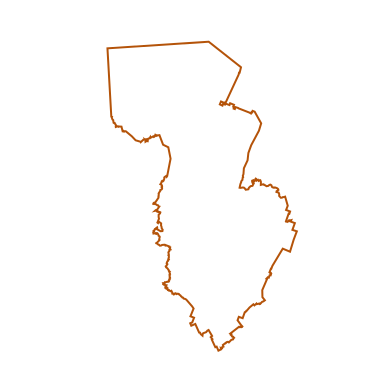 outline of Meander Valley, Tasmania, Australia, rotated 101°
{"feature_id": "25037944B18161391001525", "entity_name": "Meander Valley", "entity_type": "district", "adm_level": 2, "iso_a3": "AUS", "parent_name": "Australia", "parent_adm1": "Tasmania", "projection": "orthographic", "projection_center": [146.595, -41.65], "detail": "fine", "context": "isolated", "style": "outline", "palette": "amber", "viewbox_px": 384, "rotation_deg": 101, "n_neighbors": 0, "source": "geoboundaries", "source_scale": "gbopen_adm2", "svg_char_len": 6095}
<svg xmlns="http://www.w3.org/2000/svg" viewBox="0 0 384 384"><g transform="rotate(101 192 192)"><path d="M248.4,218.0L249.1,217.4L249.1,216.8L250.1,214.9L250.1,214.3L250.8,213.3L250.5,212.2L249.7,211.3L249.0,209.0L249.0,208.5L249.7,207.9L249.6,207.5L249.2,207.4L249.8,203.9L250.3,204.0L250.5,202.9L251.4,203.1L252.6,202.1L253.3,203.2L254.4,203.0L255.7,203.7L257.9,202.8L258.5,203.1L258.8,202.6L260.9,202.2L261.6,202.5L262.7,201.8L263.4,202.6L264.2,202.4L264.7,202.9L265.5,203.1L266.8,203.3L267.5,202.4L268.9,203.0L269.2,202.9L270.0,203.6L270.9,203.0L271.6,201.6L273.2,199.9L273.7,199.8L274.2,199.0L274.4,199.3L276.2,198.1L277.2,198.3L277.5,197.8L278.6,198.1L280.3,197.2L280.5,197.5L281.4,197.2L281.5,197.5L282.6,197.4L282.8,197.8L283.7,198.0L284.1,197.6L284.5,197.8L285.2,200.1L286.0,201.0L285.9,201.4L286.6,201.5L287.0,202.9L287.4,202.6L288.0,202.7L288.4,201.9L288.4,199.3L289.0,199.5L289.1,200.0L289.5,200.1L290.0,199.2L290.6,199.6L290.9,197.8L291.9,197.6L292.0,197.9L292.2,197.2L292.8,197.0L292.7,196.0L293.1,195.9L293.0,195.4L293.5,194.2L292.9,193.4L295.0,191.8L295.4,191.9L295.4,191.4L296.1,190.5L295.8,189.9L295.1,189.9L294.5,188.7L295.2,187.8L294.5,186.5L294.6,185.5L294.9,185.4L295.8,183.5L296.5,182.9L296.6,182.4L297.4,181.4L297.4,180.6L298.2,179.9L298.3,178.3L298.7,177.1L304.2,170.1L306.1,168.2L314.3,169.8L315.0,166.0L320.0,166.9L321.2,168.7L323.4,167.2L320.9,163.6L328.6,158.2L328.5,157.3L330.0,156.2L330.3,155.7L329.7,156.5L331.0,154.3L329.5,154.4L328.5,154.1L326.9,151.4L325.1,150.4L324.3,149.4L329.5,144.8L330.9,145.9L332.5,143.9L333.1,144.4L339.9,139.5L339.1,138.3L342.7,135.8L341.0,133.5L339.8,133.9L340.1,133.2L339.7,132.6L338.6,132.8L337.8,131.6L336.3,132.5L333.4,129.9L333.6,129.8L332.9,129.3L332.2,128.2L332.2,127.8L332.6,127.1L329.8,125.3L329.2,124.4L329.0,123.7L328.7,123.5L327.8,123.5L327.1,122.9L326.2,124.1L326.3,124.9L325.7,125.5L324.7,125.9L325.7,126.8L324.4,126.3L323.8,127.5L315.3,120.1L315.6,119.5L315.1,118.8L315.4,118.0L314.7,116.9L314.9,116.2L313.2,118.5L309.2,122.8L305.6,122.2L306.2,118.2L300.1,117.3L300.1,117.0L298.5,116.1L298.6,115.9L294.4,113.5L290.5,110.3L291.4,109.1L289.3,107.5L289.8,107.2L288.5,104.3L289.1,104.1L289.0,103.8L286.4,102.2L285.8,101.1L284.4,99.8L281.8,102.8L274.9,104.3L262.9,101.7L262.8,102.3L261.2,101.3L261.4,100.3L258.9,99.9L258.8,98.9L257.0,98.7L256.7,99.6L256.2,99.5L256.0,100.6L252.2,99.9L252.2,99.5L249.2,99.0L230.3,92.1L231.9,84.4L219.4,83.1L210.6,81.6L210.0,86.2L202.9,85.1L202.2,89.5L200.7,89.2L201.0,89.8L201.2,91.3L201.8,91.7L202.1,91.5L202.3,92.0L203.0,92.4L202.8,92.8L203.2,93.9L203.0,94.2L194.7,93.0L194.8,92.3L192.4,92.0L191.7,96.2L187.2,95.4L178.8,99.7L179.5,101.0L179.7,101.9L180.4,102.6L180.7,103.7L179.2,105.7L177.6,105.9L176.1,106.8L175.9,109.1L175.1,109.1L173.5,107.6L172.8,107.9L172.1,109.0L171.7,111.0L172.0,111.7L171.8,112.2L172.0,112.9L172.0,112.1L172.2,112.5L172.0,114.0L171.7,114.5L170.3,115.3L169.8,116.4L170.2,117.3L171.5,118.4L172.1,120.0L171.4,121.5L171.4,122.4L170.9,122.9L170.8,123.5L171.9,125.8L168.9,126.3L167.4,127.2L167.3,127.5L168.4,128.6L167.4,129.6L168.4,130.7L166.9,131.5L166.7,132.0L167.7,132.4L169.2,132.5L169.7,133.1L169.3,134.2L168.9,134.3L169.4,135.1L170.5,134.9L171.7,134.1L171.4,133.2L171.6,133.0L174.4,133.8L175.1,135.6L176.9,136.9L178.6,137.2L179.5,139.7L178.3,141.0L177.8,142.0L177.9,143.1L178.7,145.2L178.7,146.1L174.9,146.0L173.0,145.6L172.6,145.7L171.3,145.4L170.5,144.8L168.3,145.0L167.7,144.6L166.5,145.2L164.6,144.9L158.8,145.6L150.3,143.5L142.9,144.1L134.7,142.8L119.1,138.0L111.4,137.2L101.2,145.8L100.8,148.0L102.4,148.2L102.3,148.8L103.7,149.1L103.1,150.8L101.0,162.3L100.7,162.8L100.4,165.5L102.4,165.8L102.2,167.0L100.6,166.7L100.4,167.8L98.4,167.4L97.6,171.5L99.5,171.8L98.8,176.1L99.9,176.3L99.5,178.3L101.4,178.6L100.7,181.4L97.6,180.8L98.3,177.7L97.3,175.9L67.8,168.6L65.9,168.6L65.8,168.0L60.2,167.7L41.3,204.3L67.1,302.4L133.4,285.6L133.5,285.0L133.8,285.1L135.6,284.2L136.2,283.7L136.4,283.1L139.0,282.2L139.2,281.7L139.0,281.1L139.6,280.8L139.9,280.3L141.6,278.8L142.1,279.4L142.7,279.2L141.6,277.3L142.0,276.6L141.6,276.1L141.3,273.7L145.4,271.8L145.1,271.2L145.4,271.0L145.4,270.4L145.7,270.6L145.7,270.1L145.2,269.8L145.0,268.6L148.8,261.7L152.0,257.2L152.5,252.0L152.8,251.8L149.9,249.7L149.9,249.3L149.3,248.0L149.6,248.0L149.6,247.5L149.8,247.7L149.7,247.9L150.0,247.7L150.3,248.0L150.0,247.7L150.0,247.3L150.2,247.2L150.5,246.9L150.2,247.3L150.8,247.3L150.5,246.8L150.9,246.8L150.2,246.2L150.6,245.9L150.6,245.2L149.3,245.3L149.7,245.7L149.3,245.7L149.2,246.0L149.7,246.2L149.5,246.3L149.7,246.8L149.1,246.8L148.8,246.3L149.0,246.0L148.7,245.9L147.7,244.8L147.5,243.9L146.0,243.4L146.7,243.0L144.7,240.6L144.9,240.0L144.6,239.9L144.6,240.3L144.3,239.5L143.8,239.2L143.8,238.8L144.1,239.0L143.9,239.1L144.4,239.2L143.6,238.2L143.4,237.7L143.6,237.4L143.2,236.9L143.0,237.1L143.0,236.5L142.4,234.8L151.1,229.4L152.6,223.8L163.4,219.4L181.1,219.4L182.0,219.8L181.3,220.5L182.4,221.6L183.0,222.0L184.2,221.7L185.9,222.1L186.2,222.0L186.9,222.5L186.6,223.1L186.7,223.4L187.5,223.8L188.0,223.6L190.4,224.5L190.6,223.4L191.5,223.0L191.5,222.7L192.3,222.4L193.0,222.8L193.5,222.2L194.3,222.0L195.1,222.2L196.2,223.5L196.7,223.3L199.8,224.5L200.3,224.2L201.7,224.2L202.2,223.9L202.9,224.1L204.0,223.8L209.1,226.0L209.9,227.4L211.1,228.0L211.3,228.4L211.3,227.9L210.8,227.2L211.0,225.8L210.9,225.0L211.6,223.7L211.5,222.9L212.6,221.8L212.6,221.4L216.1,222.9L216.7,224.1L217.5,224.7L217.0,223.5L217.8,222.8L217.9,222.1L217.5,221.8L218.1,221.3L217.9,220.6L218.1,220.0L217.8,219.7L218.0,219.2L219.1,219.3L220.7,220.4L222.8,220.0L224.6,219.3L228.6,220.1L229.0,219.4L228.0,219.1L227.6,218.6L228.7,216.3L230.8,216.0L231.7,215.4L233.6,214.7L234.6,213.6L236.0,213.6L236.5,215.3L235.2,219.3L234.1,219.6L233.8,219.3L233.4,219.5L234.5,220.5L235.3,220.8L235.5,221.4L237.2,221.6L237.1,222.0L237.4,222.3L238.0,221.9L238.9,222.4L240.1,221.9L239.7,221.2L239.9,219.4L239.2,219.5L239.0,218.3L240.0,217.1L241.4,216.4L241.6,215.6L242.2,215.1L244.9,215.2L245.3,214.7L245.6,214.8L247.6,216.2L248.6,216.5L248.9,217.4L248.4,218.0Z" fill="none" stroke="#b45309" stroke-width="2"/></g></svg>